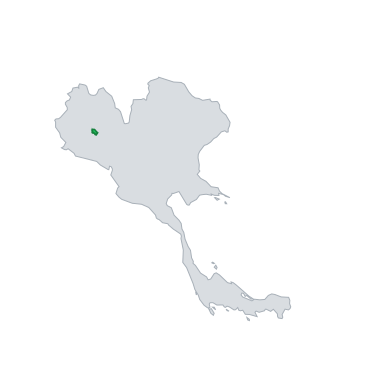 Ko Kha, Lampang, Thailand (highlighted), rotated 322°
{"feature_id": "78962969B17989923372642", "entity_name": "Ko Kha", "entity_type": "district", "adm_level": 2, "iso_a3": "THA", "parent_name": "Thailand", "parent_adm1": "Lampang", "projection": "robinson", "projection_center": [99.355, 18.138], "detail": "fine", "context": "in_parent", "style": "filled", "palette": "green", "viewbox_px": 384, "rotation_deg": 322, "n_neighbors": 0, "source": "geoboundaries", "source_scale": "gbopen_adm2", "svg_char_len": 4958}
<svg xmlns="http://www.w3.org/2000/svg" viewBox="0 0 384 384"><g transform="rotate(322 192 192)"><path d="M166.4,39.0L166.7,40.5L168.1,38.5L170.0,37.6L173.6,41.9L174.1,43.8L171.4,50.8L171.9,53.1L173.6,55.0L175.6,56.2L177.8,55.9L181.8,53.8L186.3,55.2L186.0,59.8L187.7,67.1L185.5,74.7L183.3,78.4L185.0,81.6L185.1,84.7L180.8,96.4L181.7,97.3L184.4,98.6L185.6,98.2L190.1,93.6L195.1,90.0L196.7,87.0L199.8,86.0L202.6,83.2L209.2,88.0L210.9,88.4L211.7,89.2L212.1,91.2L212.9,91.5L215.5,88.8L220.0,87.1L221.7,83.0L223.8,81.8L223.6,79.8L224.3,79.1L227.9,78.9L233.5,81.0L235.4,81.5L236.4,81.0L245.2,94.0L250.9,99.0L252.3,102.4L251.1,111.1L251.3,116.1L252.5,119.9L255.0,122.5L256.8,126.3L263.4,129.9L262.8,130.9L263.3,133.2L267.4,136.0L267.7,136.9L267.3,140.4L265.4,143.1L265.0,145.3L265.1,148.0L266.1,152.1L264.9,160.5L262.4,162.9L259.3,164.6L257.5,166.9L256.2,166.3L255.6,164.0L252.1,162.7L245.3,163.9L242.0,163.3L237.5,164.1L233.0,163.8L230.4,162.8L223.1,164.7L220.0,166.3L217.8,168.8L214.5,175.0L211.1,178.8L211.1,180.3L207.0,181.3L207.2,186.6L209.6,192.3L210.3,199.6L215.1,204.7L214.2,208.3L214.7,211.8L218.4,219.8L215.8,216.0L215.2,213.4L212.1,209.4L211.1,211.3L207.5,208.3L205.9,205.4L205.4,206.7L201.8,202.5L198.1,200.2L196.0,199.2L190.9,200.6L184.4,199.5L181.9,200.6L180.8,199.9L180.2,198.6L182.0,183.6L176.4,181.7L175.4,180.7L174.2,181.8L168.6,182.5L164.6,185.2L164.1,187.5L166.0,191.7L163.6,199.2L164.4,206.2L164.1,210.1L161.3,215.0L160.6,218.9L157.5,224.9L155.4,232.5L154.9,237.0L151.1,243.7L150.3,247.5L148.9,248.9L149.5,251.9L148.8,261.2L151.2,267.9L150.6,271.1L153.2,272.1L159.2,270.0L161.3,270.6L162.6,274.3L164.2,285.3L166.7,288.6L167.4,286.9L168.6,288.7L169.5,292.0L172.8,309.3L174.4,313.9L172.5,312.7L171.4,307.2L169.6,307.0L170.2,303.6L169.1,302.3L167.3,303.3L167.3,306.0L172.2,314.7L175.2,314.9L179.0,318.7L183.2,321.5L188.5,320.5L192.1,321.4L194.2,323.8L197.7,329.6L203.3,334.5L202.4,337.6L200.2,340.0L199.1,343.3L197.5,344.2L195.4,344.3L193.2,341.6L187.6,344.0L186.4,346.6L185.0,347.2L182.5,344.4L182.8,342.8L184.3,340.5L183.9,334.5L180.5,334.5L178.3,330.0L177.6,329.5L176.0,330.2L170.8,328.1L169.2,325.3L167.6,325.5L166.6,330.3L161.9,323.9L158.7,321.2L159.2,316.4L157.0,315.4L156.1,314.0L156.9,311.2L153.9,311.6L152.5,310.8L150.7,305.6L149.3,303.5L147.3,303.5L146.7,302.5L146.8,300.0L142.0,296.4L140.4,292.2L138.1,290.4L136.6,290.9L135.2,293.9L134.1,293.7L133.0,292.9L131.8,288.7L131.9,281.5L133.4,277.3L134.3,270.5L136.5,264.8L141.2,248.3L141.4,241.8L149.4,232.4L154.7,221.8L156.5,220.2L157.2,218.2L154.4,209.6L153.2,203.7L153.4,202.1L149.9,198.1L149.1,193.5L148.2,192.0L147.9,190.5L149.1,187.7L148.4,177.6L144.7,170.6L138.0,164.1L132.1,154.5L131.3,151.2L131.1,146.4L135.9,143.1L137.8,142.9L138.5,128.6L142.6,125.9L143.5,124.7L143.9,122.3L142.9,120.9L140.2,123.2L139.7,122.7L136.4,114.3L135.7,109.2L122.3,91.9L122.9,89.0L121.0,81.6L119.0,81.4L117.7,80.1L116.3,76.8L118.8,77.2L123.1,75.3L122.3,68.1L124.1,63.9L124.4,57.0L127.6,52.9L128.0,50.9L129.8,50.7L132.1,52.2L134.5,52.2L144.4,50.4L145.7,48.6L146.3,44.8L147.3,43.6L149.6,43.3L152.1,44.0L154.8,42.5L154.3,38.0L159.1,38.8L162.2,36.8L166.4,39.0ZM135.4,295.8L134.8,301.2L132.9,302.3L132.2,299.2L133.3,294.1L133.9,295.3L135.4,295.8ZM165.7,264.3L165.3,266.9L163.7,267.8L163.2,264.9L165.7,264.3ZM207.0,210.7L209.1,214.4L206.7,214.0L206.3,210.4L207.0,210.7ZM158.1,328.7L157.1,327.1L158.0,324.6L158.8,327.6L158.1,328.7ZM138.6,296.4L138.1,299.4L137.2,295.3L138.6,296.4ZM165.7,262.0L164.8,261.7L164.0,260.0L165.1,260.0L165.7,262.0ZM146.7,305.3L147.8,308.7L146.6,307.1L146.7,305.3ZM212.4,220.4L212.1,222.6L211.0,221.7L211.7,220.1L212.4,220.4ZM133.2,274.9L132.0,275.8L133.0,273.7L133.2,274.9Z" fill="#d9dde1" stroke="#a8b0b8" stroke-width="1"/><path d="M149.9,83.7L149.9,83.9L149.9,84.0L150.0,84.0L150.4,84.2L150.4,84.3L150.5,84.3L150.6,84.5L150.8,84.7L151.0,84.6L151.0,84.8L151.1,85.0L151.3,85.3L151.3,85.6L151.4,85.8L151.5,85.8L151.4,85.8L151.5,85.9L151.4,86.0L151.2,86.3L151.1,86.5L151.3,86.6L151.2,86.8L151.2,87.0L151.3,87.0L151.2,87.0L151.1,87.3L151.2,87.5L151.1,87.8L151.0,88.0L150.9,88.0L151.0,88.0L151.3,88.1L151.5,88.1L151.8,88.0L152.0,88.0L152.1,87.9L152.5,87.8L152.4,87.7L152.5,87.5L152.5,87.4L152.8,87.4L153.0,87.5L153.1,87.4L153.2,87.5L153.3,87.5L153.5,87.5L153.8,87.4L153.9,87.2L154.0,87.2L153.9,87.0L153.8,86.9L153.8,86.7L153.7,86.6L153.8,86.5L153.9,86.4L153.9,86.2L154.0,86.1L154.0,85.9L153.9,85.9L153.9,85.7L153.8,85.4L153.8,85.2L153.8,84.9L153.7,84.8L153.7,84.7L153.8,84.5L153.8,84.4L153.7,84.1L153.7,83.9L153.8,83.7L153.8,83.3L153.8,83.2L153.7,83.0L153.6,82.9L153.5,82.7L153.4,82.6L153.4,82.4L153.4,82.2L153.2,82.1L152.9,82.1L152.7,82.0L152.4,82.0L152.4,81.9L152.3,81.7L152.2,81.7L151.9,81.5L151.9,81.4L151.8,81.5L151.7,81.5L151.4,81.5L151.2,81.5L151.2,81.8L151.3,81.9L151.3,82.0L151.3,82.3L151.2,82.4L151.2,82.5L150.9,82.7L150.9,82.8L150.6,83.0L150.4,83.2L150.4,83.3L150.2,83.3L150.2,83.2L150.1,83.3L149.9,83.6L149.9,83.7Z" fill="#22c55e" stroke="#15803d" stroke-width="1.5"/></g></svg>